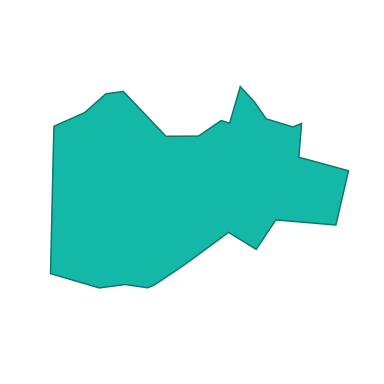 Portsmouth, Virginia, United States of America (Mercator projection), rotated 102°
{"feature_id": "52423323B65063199058226", "entity_name": "Portsmouth", "entity_type": "district", "adm_level": 2, "iso_a3": "USA", "parent_name": "United States of America", "parent_adm1": "Virginia", "projection": "mercator", "projection_center": [-76.365, 36.855], "detail": "fine", "context": "isolated", "style": "filled", "palette": "teal", "viewbox_px": 384, "rotation_deg": 102, "n_neighbors": 0, "source": "geoboundaries", "source_scale": "gbopen_adm2", "svg_char_len": 500}
<svg xmlns="http://www.w3.org/2000/svg" viewBox="0 0 384 384"><g transform="rotate(102 192 192)"><path d="M78.9,166.7L116.9,169.5L116.0,178.3L136.0,197.4L142.9,229.1L107.9,280.1L113.8,296.6L136.8,313.7L156.4,340.7L177.0,336.9L301.3,313.4L305.1,262.7L296.4,238.2L294.9,215.5L291.2,209.9L264.2,183.7L223.9,147.9L229.4,132.3L234.8,117.3L201.9,104.2L194.4,44.4L138.7,43.3L135.8,94.7L102.2,99.1L107.4,106.8L105.0,134.7L90.9,149.6L78.9,166.7Z" fill="#14b8a6" stroke="#0f766e" stroke-width="1.5"/></g></svg>